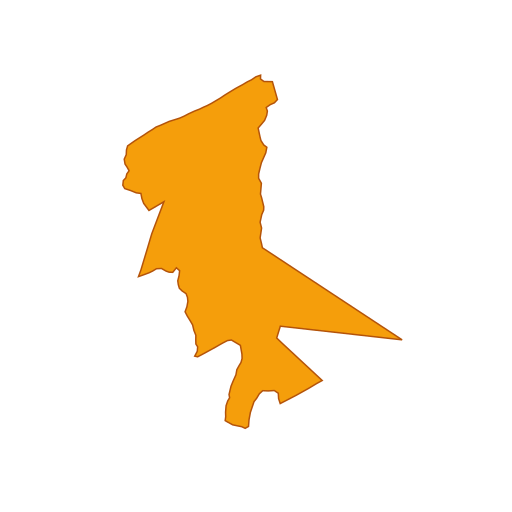 Jequiá da Praia, Alagoas, Brazil, rotated 214°
{"feature_id": "56859067B64881112821563", "entity_name": "Jequiá da Praia", "entity_type": "district", "adm_level": 2, "iso_a3": "BRA", "parent_name": "Brazil", "parent_adm1": "Alagoas", "projection": "natural_earth1", "projection_center": [-36.086, -9.926], "detail": "fine", "context": "isolated", "style": "filled", "palette": "amber", "viewbox_px": 512, "rotation_deg": 214, "n_neighbors": 0, "source": "geoboundaries", "source_scale": "gbopen_adm2", "svg_char_len": 2209}
<svg xmlns="http://www.w3.org/2000/svg" viewBox="0 0 512 512"><g transform="rotate(214 256 256)"><path d="M88.0,268.2L255.3,266.4L258.4,269.4L262.7,273.3L264.7,277.5L267.0,282.3L271.5,286.3L274.4,293.6L275.3,298.3L277.1,301.2L283.9,307.4L286.9,309.8L292.2,319.3L297.3,321.9L299.7,325.5L301.8,331.0L303.7,336.4L305.6,347.0L307.8,352.2L311.7,352.4L316.5,354.5L319.5,357.2L325.8,363.3L325.2,368.3L324.7,373.2L325.8,378.6L327.6,382.5L330.6,384.8L328.8,389.5L326.4,393.3L325.7,397.7L339.9,409.7L347.0,405.1L351.3,405.3L353.3,408.5L356.3,404.5L358.3,399.5L360.6,395.5L363.1,390.2L365.0,386.6L366.6,383.5L368.4,379.6L370.1,375.9L371.9,371.9L373.9,366.9L376.0,362.5L378.3,357.6L380.7,353.2L382.7,350.1L385.0,346.1L388.0,341.8L391.4,336.2L393.7,331.9L396.2,327.9L398.3,325.2L400.7,322.2L403.2,319.1L405.0,316.2L408.2,311.1L411.0,307.0L412.5,303.2L414.8,298.1L416.7,293.3L418.6,289.0L420.7,284.2L422.2,280.3L424.0,275.5L422.7,271.5L420.2,267.4L419.4,262.6L416.0,259.0L412.6,257.6L408.9,255.7L409.0,251.8L407.6,248.0L408.2,244.4L406.0,240.2L402.5,238.5L396.4,240.2L390.6,241.4L386.4,243.5L382.7,239.8L378.5,236.8L370.2,233.9L362.7,249.5L354.8,216.0L350.8,203.3L343.6,180.1L341.9,173.2L338.5,177.8L335.2,182.4L333.3,185.7L331.4,189.8L327.4,192.8L322.0,193.2L319.0,194.0L315.9,195.9L315.4,201.7L311.1,201.1L308.8,196.7L307.0,191.7L304.4,188.8L301.5,186.4L297.7,185.7L292.9,185.7L289.7,183.4L287.1,180.3L284.9,175.3L283.6,170.1L279.4,167.8L274.3,165.5L270.0,163.4L266.0,159.7L261.5,156.6L258.9,152.6L256.6,149.4L253.6,148.1L251.4,144.2L250.8,138.7L248.0,139.8L245.8,143.9L242.0,151.2L238.3,158.4L236.7,161.7L234.9,165.3L232.4,169.9L229.4,172.6L219.0,173.2L216.0,170.1L212.8,166.8L210.2,163.2L208.9,159.3L208.7,155.4L208.3,151.0L206.2,146.3L205.0,139.4L203.9,134.1L202.3,129.8L200.9,126.1L198.6,123.7L198.4,120.0L197.1,115.2L193.9,109.5L191.3,105.9L189.5,102.3L186.3,102.5L180.9,103.0L175.5,105.2L172.4,106.5L168.6,107.1L166.9,110.5L170.2,116.3L173.2,123.2L176.2,134.1L175.9,138.3L176.2,143.6L175.1,148.1L170.4,151.0L165.6,154.7L160.8,154.7L157.5,150.4L153.4,147.2L144.9,162.8L138.4,175.6L134.4,184.2L131.5,189.8L186.2,198.4L193.0,199.6L196.6,211.4L88.0,268.2Z" fill="#f59e0b" stroke="#b45309" stroke-width="1.5"/></g></svg>